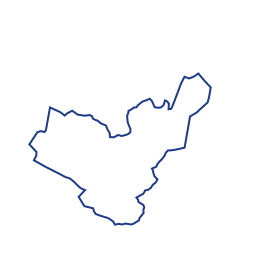 São Joaquim do Monte, Pernambuco, Brazil, rotated 223°
{"feature_id": "56859067B64848357432681", "entity_name": "São Joaquim do Monte", "entity_type": "district", "adm_level": 2, "iso_a3": "BRA", "parent_name": "Brazil", "parent_adm1": "Pernambuco", "projection": "mercator", "projection_center": [-35.85, -8.484], "detail": "fine", "context": "isolated", "style": "outline", "palette": "blue", "viewbox_px": 256, "rotation_deg": 223, "n_neighbors": 0, "source": "geoboundaries", "source_scale": "gbopen_adm2", "svg_char_len": 1702}
<svg xmlns="http://www.w3.org/2000/svg" viewBox="0 0 256 256"><g transform="rotate(223 128 128)"><path d="M90.5,178.8L89.4,182.6L88.3,186.3L88.1,190.0L87.2,201.0L89.8,205.9L91.5,208.5L95.2,214.1L104.0,214.7L113.7,215.8L114.9,210.4L117.1,205.9L121.6,204.0L119.4,196.2L117.3,191.3L111.5,177.1L109.5,171.5L111.1,169.4L114.8,173.8L117.5,174.1L119.7,173.4L117.6,169.0L117.9,165.5L119.4,163.8L122.5,161.4L128.8,164.0L132.0,164.3L133.4,161.1L135.5,157.0L136.3,151.2L135.9,149.0L137.7,146.8L138.4,143.2L139.3,140.9L137.8,138.8L137.2,136.6L134.6,134.1L131.8,131.8L128.4,130.2L125.5,128.9L123.4,126.5L123.7,123.8L124.9,121.3L127.2,117.8L130.4,116.2L132.0,111.6L134.9,109.1L137.9,111.8L141.7,112.8L145.8,114.8L150.5,113.0L155.4,112.6L157.5,111.6L160.2,110.9L162.3,112.1L164.9,111.3L168.1,107.4L174.1,103.4L180.6,102.6L182.5,97.1L182.8,93.9L188.3,93.4L199.0,89.9L197.8,87.9L188.4,73.3L186.6,70.5L186.3,68.1L189.7,66.2L191.4,63.1L189.0,48.8L178.5,48.0L176.2,45.1L174.8,40.2L161.7,43.4L147.6,47.5L142.6,48.8L139.9,49.6L136.4,51.4L133.2,51.7L129.5,51.8L125.5,51.6L122.1,51.7L119.4,52.4L117.1,53.3L117.1,44.0L110.6,42.2L106.6,41.1L98.7,45.5L96.2,43.9L93.1,43.1L89.7,44.4L86.8,45.8L83.8,47.2L81.5,48.4L78.9,49.0L75.4,49.5L71.5,48.5L69.5,51.5L66.7,53.3L64.6,56.4L62.3,58.0L60.0,59.5L58.7,61.6L58.0,64.2L57.0,68.0L58.2,70.0L58.4,73.5L58.6,76.4L61.1,78.8L61.9,81.0L64.3,82.2L66.7,81.7L69.8,81.0L71.8,82.4L74.4,82.9L73.1,86.8L72.0,90.4L72.8,94.3L71.2,96.3L70.5,99.7L71.1,103.4L70.6,107.0L71.5,110.6L75.5,110.7L78.6,112.3L80.6,113.8L82.8,114.7L80.9,118.9L81.9,121.7L82.1,125.2L81.9,128.1L82.3,132.4L83.5,135.8L83.4,139.1L81.6,140.6L77.9,145.3L73.2,152.2L90.5,178.8Z" fill="none" stroke="#1e3a8a" stroke-width="2"/></g></svg>